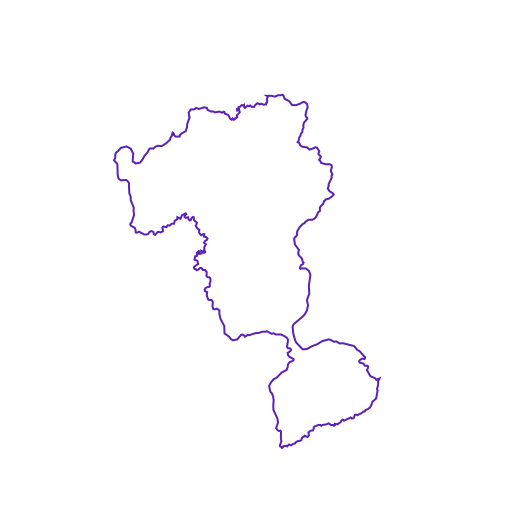 Los Andes, Nariño, Colombia (Natural Earth projection), rotated 27°
{"feature_id": "7082276B65989383346082", "entity_name": "Los Andes", "entity_type": "district", "adm_level": 2, "iso_a3": "COL", "parent_name": "Colombia", "parent_adm1": "Nariño", "projection": "natural_earth1", "projection_center": [-77.705, 1.658], "detail": "fine", "context": "isolated", "style": "outline", "palette": "violet", "viewbox_px": 512, "rotation_deg": 27, "n_neighbors": 0, "source": "geoboundaries", "source_scale": "gbopen_adm2", "svg_char_len": 6149}
<svg xmlns="http://www.w3.org/2000/svg" viewBox="0 0 512 512"><g transform="rotate(27 256 256)"><path d="M247.8,137.6L245.3,137.4L243.0,135.6L241.4,135.6L241.6,133.9L240.7,130.4L241.0,128.5L240.5,126.8L241.0,124.5L240.1,122.5L240.1,120.1L238.8,118.0L238.2,115.6L239.4,110.5L238.8,109.6L237.3,109.2L236.2,108.2L235.0,104.2L234.5,100.0L232.5,97.4L229.5,96.7L227.7,97.7L226.5,99.9L223.2,103.4L219.6,105.2L215.5,103.0L210.2,103.0L207.5,100.5L206.1,100.4L205.3,101.4L202.6,102.8L200.6,105.4L197.4,106.1L192.8,108.4L194.3,108.6L194.4,111.3L195.7,112.8L196.1,114.5L195.6,115.0L196.1,116.4L194.2,117.7L191.8,117.8L190.7,119.1L187.8,119.3L186.6,122.3L186.7,123.9L184.4,125.1L182.5,124.5L181.7,125.8L180.2,125.9L179.0,129.1L178.0,128.8L176.7,126.6L175.8,127.9L174.7,128.1L173.8,130.8L172.9,131.4L173.3,132.9L172.4,133.2L172.3,134.1L173.3,135.0L174.5,133.2L176.3,135.4L175.0,139.5L176.3,140.7L175.8,142.1L174.9,142.8L175.0,143.9L174.3,144.8L172.8,144.1L172.4,145.6L170.6,145.4L167.2,142.9L163.5,143.3L162.6,142.1L161.8,142.0L160.6,143.8L158.0,143.8L154.4,146.6L152.5,146.6L150.4,147.7L146.6,147.8L144.9,146.3L142.3,147.1L138.2,151.0L135.4,151.2L134.2,153.6L131.5,154.9L130.9,158.7L132.9,161.8L133.9,162.4L134.7,169.2L136.1,172.7L136.7,176.7L134.1,180.6L133.4,182.9L133.7,184.3L130.0,186.1L128.3,185.6L127.3,184.3L125.8,183.8L125.7,184.6L126.5,186.7L126.1,189.8L126.6,191.3L124.7,196.6L122.0,201.0L118.5,202.3L116.7,204.5L115.8,206.9L113.0,208.1L112.3,209.0L112.3,212.9L111.1,217.8L111.1,221.2L110.3,225.5L106.6,228.3L105.3,227.7L103.8,227.9L102.9,227.3L100.2,220.6L95.6,217.2L91.0,217.2L86.5,220.9L85.5,225.2L84.3,227.5L84.5,229.3L86.0,232.3L86.0,235.1L90.1,236.7L91.1,237.7L95.9,246.4L98.2,249.3L101.1,250.0L105.6,247.3L107.2,247.4L109.5,248.5L114.6,257.6L117.4,260.0L119.1,263.2L125.1,268.4L126.4,271.4L128.7,274.8L130.0,282.8L129.4,283.9L129.7,285.2L130.7,285.8L135.2,285.9L136.8,287.4L138.1,289.6L139.4,289.2L140.8,287.4L146.7,287.6L148.1,286.9L149.8,285.5L150.3,282.5L151.8,281.2L153.7,281.2L155.0,282.8L156.5,283.1L157.4,279.5L158.5,278.6L160.3,278.3L161.8,276.3L161.6,275.5L159.8,273.5L159.7,272.4L160.3,271.7L163.1,271.0L163.4,268.7L165.2,268.2L166.2,265.6L168.3,264.4L167.6,261.5L169.2,259.0L168.3,257.1L171.8,257.1L171.5,253.3L174.0,249.9L174.9,250.5L174.2,252.7L174.6,253.7L176.0,253.9L177.9,252.3L179.0,253.7L180.6,254.5L181.6,253.7L181.3,251.9L181.8,250.0L182.9,249.7L184.5,252.2L188.3,253.1L188.7,256.6L191.6,258.1L193.6,258.4L194.4,260.6L195.2,261.3L197.8,262.4L199.1,260.4L200.0,260.0L200.9,262.4L203.3,261.8L204.9,262.5L205.0,263.7L203.8,265.6L203.6,267.7L206.1,268.4L205.9,271.8L207.0,273.4L206.8,274.6L208.7,275.1L208.9,275.7L208.1,276.8L205.0,276.4L206.4,278.4L204.7,279.9L203.8,279.7L203.5,277.7L202.9,277.5L201.8,280.1L203.3,282.0L203.2,283.0L201.9,283.9L202.9,287.2L205.9,286.9L208.1,289.4L205.8,293.5L205.9,294.7L207.3,295.5L208.7,295.1L209.7,295.6L211.0,294.0L211.4,292.3L212.3,291.6L213.2,291.5L215.0,292.6L217.0,291.6L219.3,292.6L221.1,296.5L223.1,296.7L224.1,296.1L225.5,296.7L226.8,298.8L227.2,301.7L228.6,303.7L228.3,304.7L226.4,306.2L225.6,307.6L225.5,309.1L226.3,310.5L228.9,310.4L229.9,313.3L233.0,316.4L234.1,316.5L236.3,315.4L237.6,315.9L238.7,317.2L240.2,320.9L242.0,322.6L242.9,322.6L245.2,320.6L248.1,321.1L249.6,324.2L253.0,328.2L259.5,332.8L263.1,339.3L268.6,340.1L271.2,341.4L273.5,341.7L277.2,338.8L278.4,333.3L279.4,332.2L281.0,332.1L282.9,332.9L284.2,330.4L286.0,329.5L290.5,325.0L293.5,323.2L296.1,320.5L299.1,319.0L299.7,318.1L305.3,318.2L306.7,316.9L309.4,316.9L313.8,314.6L318.9,314.5L321.5,315.3L322.6,316.1L324.9,322.9L326.1,323.6L328.8,322.9L329.9,323.7L329.8,325.2L328.2,328.0L329.3,329.6L331.2,330.6L336.3,330.8L336.7,331.6L336.3,332.9L334.2,335.4L333.8,336.7L333.8,338.7L334.6,340.2L335.0,343.6L331.8,348.1L329.8,354.8L327.6,357.9L326.7,362.2L326.7,366.0L330.4,370.4L332.9,371.4L334.9,373.3L337.1,376.3L339.5,381.9L341.5,385.3L348.9,391.1L351.2,394.4L352.1,400.3L354.5,401.4L356.1,401.5L357.1,400.6L358.1,401.3L360.8,406.9L362.8,409.8L363.3,414.1L363.8,414.7L364.8,414.5L366.3,415.3L366.9,414.3L366.7,413.1L369.3,411.2L370.2,411.5L370.9,409.1L373.1,408.8L374.5,406.4L376.1,405.1L376.0,403.9L377.2,402.1L379.5,400.3L380.0,399.3L379.5,397.1L380.1,395.6L380.7,395.3L380.8,394.1L383.9,394.0L384.6,391.8L382.8,389.4L384.0,386.8L385.9,385.6L385.9,383.7L385.2,382.4L385.5,381.4L388.6,378.0L389.9,377.4L391.3,377.7L391.9,376.3L394.8,374.4L396.8,372.1L399.6,372.6L400.9,371.8L402.2,372.0L403.1,371.2L403.3,371.6L403.1,371.0L402.4,370.4L402.4,369.6L404.9,369.0L406.8,365.7L406.9,363.6L407.6,362.3L409.2,362.8L413.7,356.8L415.1,357.3L416.3,356.5L416.7,355.5L416.1,352.7L416.9,352.0L418.8,351.7L419.9,349.7L420.8,349.1L422.4,345.7L423.4,345.3L423.5,343.4L425.2,341.7L426.3,339.2L426.5,336.8L425.9,333.2L427.7,328.4L425.5,320.8L424.2,319.6L423.4,315.5L421.7,312.4L421.6,309.1L419.4,311.7L417.8,310.9L412.4,311.1L406.8,307.4L406.4,304.1L405.8,303.3L404.7,303.3L403.0,304.4L400.5,303.1L396.7,303.9L395.7,303.1L395.7,301.8L397.1,299.2L399.5,298.5L399.2,296.7L391.3,293.7L388.8,293.7L384.2,291.7L373.0,294.3L370.1,296.0L366.4,295.6L364.1,297.1L360.8,296.8L358.7,297.3L353.6,301.8L350.7,306.7L346.6,311.2L343.8,315.5L340.1,318.0L331.2,314.9L329.1,313.3L324.5,308.3L320.7,302.4L320.5,299.7L325.2,288.5L325.9,285.6L326.1,281.8L324.8,276.4L321.4,272.2L320.5,265.2L316.6,258.5L313.1,248.2L310.2,245.4L306.1,244.5L302.4,246.3L301.5,247.3L300.8,247.1L300.3,245.9L300.3,243.7L301.5,241.9L301.4,240.3L300.1,239.9L298.1,237.4L293.7,235.9L292.3,234.3L291.4,231.0L285.6,228.2L282.2,223.5L282.1,222.3L283.1,219.1L281.5,215.3L281.8,210.3L283.2,205.9L284.3,204.9L284.4,203.4L286.2,199.9L289.7,198.1L291.3,196.0L291.8,192.6L291.5,188.9L292.5,186.7L290.9,184.0L291.1,182.0L292.2,178.9L291.6,176.3L292.3,175.2L292.3,174.1L294.8,172.0L296.9,168.0L297.2,165.8L295.4,165.1L292.1,164.9L289.3,163.3L288.9,160.2L288.1,159.2L287.9,151.9L286.9,150.2L287.1,148.7L284.0,146.3L283.1,141.9L282.1,140.9L279.8,140.8L276.7,142.5L271.9,143.5L270.4,142.3L268.6,141.7L268.9,140.1L268.6,137.9L265.9,137.1L265.0,136.3L264.9,134.0L261.1,131.8L259.4,132.2L258.3,134.0L255.3,136.9L252.3,136.1L247.8,137.6Z" fill="none" stroke="#5b21b6" stroke-width="2"/></g></svg>